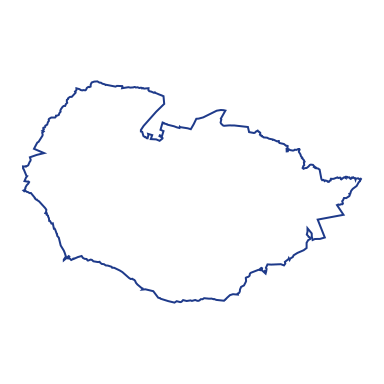 Tlajomulco de Zúñiga, Jalisco, Mexico
{"feature_id": "50627088B44969093243070", "entity_name": "Tlajomulco de Zúñiga", "entity_type": "district", "adm_level": 2, "iso_a3": "MEX", "parent_name": "Mexico", "parent_adm1": "Jalisco", "projection": "mercator", "projection_center": [-103.397, 20.482], "detail": "fine", "context": "isolated", "style": "outline", "palette": "blue", "viewbox_px": 384, "rotation_deg": 0, "n_neighbors": 0, "source": "geoboundaries", "source_scale": "gbopen_adm2", "svg_char_len": 5894}
<svg xmlns="http://www.w3.org/2000/svg" viewBox="0 0 384 384"><path d="M74.0,258.8L77.8,257.1L81.6,256.0L82.9,257.9L84.6,258.8L86.6,259.0L87.5,260.4L88.0,260.6L90.7,259.6L91.9,259.9L93.4,261.3L98.1,262.1L99.6,261.8L100.1,262.6L101.7,263.9L104.0,264.2L105.7,265.4L107.9,265.6L111.6,266.8L112.1,267.7L114.2,267.8L119.8,270.5L122.4,272.1L129.1,278.0L130.7,279.0L132.5,278.8L133.0,279.4L134.3,279.9L135.2,281.0L135.9,282.7L137.4,284.5L141.8,288.2L142.6,288.4L142.9,289.0L142.3,289.6L145.4,289.3L153.3,291.2L158.2,297.7L160.2,298.2L160.5,298.7L168.2,301.1L174.5,302.6L176.7,301.2L180.2,302.1L181.0,302.0L181.8,301.5L183.1,300.1L186.7,301.0L190.5,300.4L191.9,300.9L195.2,300.0L197.3,300.8L198.5,300.8L199.5,300.4L200.8,299.2L202.6,299.2L204.1,298.2L209.3,298.7L211.5,298.6L213.6,299.2L214.0,299.0L216.3,299.9L224.7,300.8L224.1,300.4L225.1,299.9L225.6,299.1L226.1,298.9L226.6,298.2L230.0,295.1L233.0,294.2L237.9,294.6L237.7,293.6L239.2,292.8L239.8,291.5L240.0,289.5L241.1,286.9L244.0,285.4L245.6,282.3L246.1,281.0L245.8,277.9L246.2,277.5L248.3,276.8L249.0,276.3L249.6,275.6L249.9,273.7L250.8,272.8L258.5,269.8L260.2,270.1L260.1,268.9L261.3,267.9L262.1,268.3L261.8,269.9L262.1,270.4L265.6,273.6L265.8,272.8L264.7,272.0L265.0,270.9L266.2,271.2L266.6,268.9L265.9,267.9L267.5,264.4L271.3,264.6L280.8,264.2L284.0,265.4L285.3,263.6L284.9,261.9L288.5,259.1L288.8,258.3L289.6,259.9L290.2,258.6L292.8,257.0L293.6,255.3L297.5,252.9L303.7,250.2L306.6,248.0L306.6,242.8L308.2,240.1L310.1,239.1L310.2,238.0L309.6,237.2L308.6,236.9L308.0,235.8L306.8,234.6L307.5,231.6L307.5,228.3L311.7,233.4L311.8,236.5L312.6,240.0L314.9,239.0L320.0,238.9L324.8,237.5L317.7,219.6L343.5,214.8L337.0,205.1L338.3,204.5L339.8,204.8L341.1,204.2L342.2,204.3L342.6,204.0L342.9,203.5L342.2,201.2L343.0,200.3L344.0,198.0L346.2,198.1L349.3,196.1L349.8,194.9L349.4,193.8L350.3,193.6L351.0,191.2L351.5,190.4L352.8,188.8L356.6,186.0L358.7,182.3L360.0,181.1L360.0,180.7L361.0,179.0L360.7,178.7L359.5,179.4L358.4,178.4L357.2,178.4L355.7,178.8L355.5,179.6L355.0,178.2L354.7,178.3L354.2,177.9L352.6,177.9L352.7,177.4L351.6,177.6L351.5,178.0L351.8,178.2L350.7,178.9L350.1,178.5L349.1,177.3L347.3,177.6L347.1,176.9L345.8,176.7L344.9,177.2L345.1,177.7L344.4,177.3L343.9,177.4L341.3,179.4L340.9,179.2L340.6,177.9L340.2,177.6L338.2,178.0L337.4,177.4L333.7,178.8L331.8,178.9L331.0,178.7L330.7,179.1L330.7,180.4L329.3,181.0L329.1,181.7L328.5,181.9L327.8,181.8L327.0,180.9L325.4,180.5L324.6,181.1L323.6,179.9L322.2,180.2L321.4,179.0L319.6,169.6L318.0,168.5L315.9,168.2L316.0,167.6L315.0,167.0L315.0,167.6L314.8,167.6L314.7,166.9L313.9,166.9L314.1,166.2L313.0,164.9L310.9,164.6L309.9,164.9L308.4,166.6L306.6,168.0L305.1,168.1L303.5,168.8L302.6,168.0L303.5,165.7L304.2,165.2L303.9,162.2L304.6,161.7L303.7,159.9L301.9,158.0L302.2,157.6L300.9,156.1L300.5,154.5L298.9,151.9L298.9,151.0L299.6,149.7L299.3,149.0L298.3,149.0L296.4,149.9L294.8,149.7L294.2,150.2L293.0,150.6L290.2,150.1L289.2,149.5L288.3,150.3L287.8,151.3L286.7,151.4L286.6,149.0L287.6,149.1L288.0,148.9L287.4,147.5L287.7,146.1L286.8,145.7L286.1,145.8L283.9,144.0L279.5,143.0L278.8,142.1L278.9,141.1L278.4,141.0L277.1,141.4L273.6,139.7L272.8,139.9L272.5,139.4L269.0,138.7L267.1,137.7L263.6,137.4L263.3,137.0L262.0,136.4L262.0,135.9L260.7,135.5L260.7,135.0L259.9,134.6L260.3,133.1L260.2,132.7L258.8,131.6L258.5,131.7L257.7,130.6L255.9,131.6L255.2,132.5L254.0,133.0L249.1,132.1L247.9,127.0L234.6,125.5L229.1,125.4L224.0,125.8L222.9,125.4L221.0,123.5L220.6,122.5L221.3,119.5L220.8,118.7L225.4,110.6L223.7,110.2L220.9,110.0L216.7,110.7L203.2,117.4L198.7,118.6L196.3,118.8L193.8,124.0L190.8,129.2L187.7,128.3L180.1,127.1L179.8,126.8L179.5,128.0L177.0,127.4L174.1,126.3L167.2,124.6L167.0,124.2L164.0,123.5L164.1,123.1L162.6,122.5L160.5,129.8L163.5,131.1L161.9,136.3L159.9,135.3L159.5,136.1L162.4,137.7L162.5,138.5L159.6,140.8L156.2,139.4L150.8,139.1L152.2,135.1L148.1,133.9L148.4,135.1L147.6,138.3L146.7,138.2L145.6,137.0L145.1,137.2L143.4,136.0L142.2,131.8L140.9,131.5L140.9,130.0L143.6,125.9L156.2,111.7L164.2,103.9L163.5,96.2L154.8,92.7L154.7,92.4L154.0,92.8L151.2,91.6L149.3,91.2L148.4,90.1L148.5,88.2L144.0,88.6L143.2,88.1L142.1,88.4L141.9,87.9L140.9,87.7L139.3,88.0L137.6,87.3L135.8,87.5L135.2,87.1L134.4,87.0L133.3,87.4L130.4,87.6L128.4,87.2L122.1,88.2L122.5,86.6L122.3,86.1L117.0,85.9L115.5,86.6L106.3,84.8L105.6,85.0L104.8,84.3L102.4,83.7L100.9,82.7L99.4,82.6L97.4,81.4L94.2,81.6L91.7,82.5L90.7,84.5L90.6,86.6L89.4,87.1L88.4,86.9L87.4,87.5L86.8,88.0L86.1,89.7L85.3,90.3L83.2,90.1L82.2,90.4L80.6,90.0L79.6,89.2L76.4,88.3L76.4,90.0L76.0,90.8L75.0,91.5L75.6,92.7L71.7,96.9L70.1,96.9L69.5,97.2L68.0,98.4L68.0,99.1L66.9,99.9L66.8,101.6L67.2,102.8L65.8,104.2L65.2,105.9L63.7,106.0L62.6,106.8L60.8,109.4L60.3,110.9L60.6,111.7L59.3,113.3L58.8,114.9L57.3,115.6L56.0,115.7L55.9,116.6L55.1,117.5L51.3,117.5L49.1,118.8L48.7,119.4L48.9,120.9L47.9,122.2L47.2,124.6L45.3,125.7L45.2,126.9L44.8,127.4L43.5,127.7L43.2,128.1L43.8,129.5L42.3,130.8L43.6,131.5L42.2,132.8L42.7,134.8L42.4,135.8L38.6,141.8L37.3,142.6L36.9,143.3L34.0,148.8L44.1,153.1L36.8,154.9L29.9,157.3L30.7,159.9L30.2,161.3L29.6,162.0L28.2,165.3L27.0,166.0L25.7,166.2L25.7,166.6L23.0,166.4L23.1,168.6L23.7,169.2L26.5,176.0L27.1,176.2L26.0,177.6L24.5,181.1L27.2,181.6L28.4,181.5L29.1,182.1L28.3,183.6L26.7,185.2L25.4,187.6L25.4,188.6L24.0,190.5L23.6,190.6L24.3,191.3L25.5,190.8L26.7,191.8L27.8,192.0L29.6,193.1L30.9,193.0L34.9,197.9L34.8,198.2L35.7,199.3L36.8,199.6L36.8,199.9L39.1,201.4L45.2,208.1L46.3,209.7L46.1,211.8L45.3,213.2L45.9,213.4L46.3,213.0L46.9,213.3L46.7,214.7L48.0,215.6L48.1,216.6L48.9,218.2L49.2,220.9L50.0,221.0L51.5,223.6L52.8,223.3L53.9,228.7L54.6,228.6L55.2,229.6L56.7,233.8L57.0,233.9L57.2,235.8L58.8,237.7L60.7,245.5L63.8,250.6L64.7,252.8L65.9,256.5L63.8,259.6L63.8,260.3L68.7,256.1L69.3,256.6L68.2,258.4L69.9,258.6L71.2,260.0L72.8,259.2L73.1,258.7L73.9,258.5L74.0,258.8Z" fill="none" stroke="#1e3a8a" stroke-width="2"/></svg>